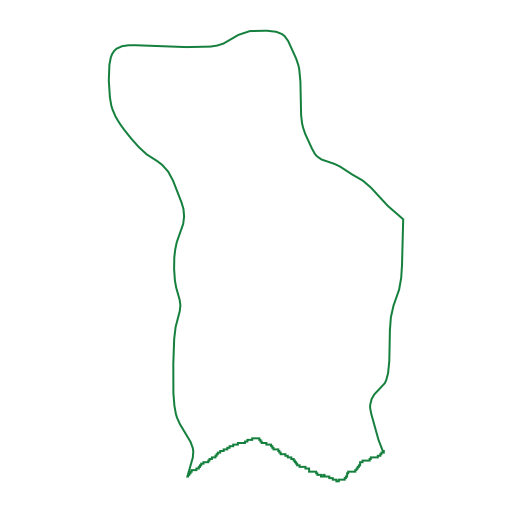 the district of Nizao, Peravia, Dominican Republic
{"feature_id": "3306468B29569237091860", "entity_name": "Nizao", "entity_type": "district", "adm_level": 2, "iso_a3": "DOM", "parent_name": "Dominican Republic", "parent_adm1": "Peravia", "projection": "equal_earth", "projection_center": [-70.205, 18.267], "detail": "fine", "context": "isolated", "style": "outline", "palette": "green", "viewbox_px": 512, "rotation_deg": 0, "n_neighbors": 0, "source": "geoboundaries", "source_scale": "gbopen_adm2", "svg_char_len": 3006}
<svg xmlns="http://www.w3.org/2000/svg" viewBox="0 0 512 512"><path d="M187.4,476.5L188.1,476.5L188.1,474.9L189.3,474.9L189.3,473.3L190.5,473.3L190.5,471.7L191.7,471.7L191.7,470.1L196.4,470.1L196.4,468.5L198.8,468.5L198.8,466.9L200.0,466.9L200.0,465.3L201.2,465.3L201.2,463.7L203.5,463.7L203.5,462.2L208.3,462.2L208.3,460.6L209.5,460.6L209.5,459.0L211.9,459.0L211.9,457.4L215.4,457.4L215.4,455.8L216.6,455.8L216.6,454.2L217.8,454.2L217.8,452.6L220.2,452.6L220.2,451.0L223.7,451.0L223.7,449.4L227.3,449.4L227.3,447.8L229.6,447.8L229.6,446.2L233.2,446.2L233.2,444.6L237.9,444.6L237.9,443.0L245.0,443.0L245.0,441.5L247.4,441.5L247.4,439.9L252.2,439.9L252.2,438.3L259.3,438.3L259.3,439.9L260.5,439.9L260.5,441.5L261.7,441.5L261.7,443.0L266.4,443.0L266.4,444.6L271.1,444.6L271.1,446.2L272.3,446.2L272.3,447.8L273.5,447.8L273.5,449.4L278.3,449.4L278.3,451.0L279.4,451.0L279.4,452.6L280.7,452.6L280.7,454.2L285.4,454.2L285.4,455.8L287.8,455.8L287.8,457.4L291.3,457.4L291.3,459.0L293.7,459.0L293.7,460.6L294.9,460.6L294.9,462.2L296.1,462.2L296.1,463.7L297.2,463.7L297.2,465.3L299.6,465.3L299.6,466.9L305.5,466.9L305.5,468.5L309.1,468.5L309.1,471.7L316.2,471.7L316.2,473.3L317.4,473.3L317.4,474.9L321.0,474.9L321.0,476.5L323.3,476.5L323.3,474.9L324.5,474.9L324.5,476.5L329.3,476.5L329.3,478.1L332.8,478.1L332.8,479.7L336.4,479.7L336.4,481.3L337.0,481.3L338.8,481.3L338.8,480.6L338.8,479.7L340.9,479.7L344.7,479.7L344.7,478.1L345.9,478.1L345.9,476.5L347.1,476.5L347.1,475.7L347.1,473.3L348.2,473.3L348.2,471.7L353.2,471.7L355.3,471.7L355.3,470.6L355.3,470.1L356.1,470.1L356.6,469.9L356.6,468.5L357.7,468.5L357.7,466.9L358.9,466.9L358.9,465.3L360.1,465.3L360.1,462.2L362.5,462.2L362.5,460.6L369.6,460.6L369.6,459.0L370.8,459.0L370.8,457.4L374.6,457.4L377.8,457.4L377.8,455.8L380.3,455.8L380.3,454.2L381.4,454.2L381.4,452.6L383.8,452.6L383.8,451.0L382.8,451.0L378.5,439.9L371.2,413.6L370.1,407.8L370.2,404.8L371.6,399.1L374.3,394.4L384.8,383.2L386.2,380.2L388.1,373.1L389.3,360.9L389.9,330.2L390.9,317.2L393.5,305.6L399.1,289.7L401.2,277.8L402.0,265.3L403.2,219.3L387.9,206.0L370.9,187.6L362.9,180.7L352.2,174.5L339.9,166.5L334.7,164.0L321.5,159.5L316.8,156.2L314.9,153.9L311.9,148.5L305.2,133.9L303.0,127.4L302.1,123.4L301.1,115.2L300.4,81.4L299.2,69.0L298.3,65.0L296.1,58.5L288.2,41.1L284.6,36.1L282.0,34.1L276.3,31.8L266.7,30.7L249.8,31.1L238.4,34.9L223.4,43.6L217.0,45.6L210.4,46.6L186.4,47.1L134.6,45.2L128.2,45.3L122.1,46.2L116.5,48.7L114.0,51.1L112.1,54.1L110.8,57.5L109.4,64.8L108.8,80.7L109.9,97.3L111.3,105.6L112.5,109.5L115.7,116.9L119.7,123.5L124.2,129.8L131.3,138.7L138.8,147.1L146.7,154.4L157.2,161.1L162.1,164.8L168.3,171.8L173.1,180.8L181.6,202.7L183.5,209.2L184.1,216.6L183.2,223.9L176.7,242.4L175.2,249.7L174.3,257.3L174.1,269.0L174.9,280.5L176.2,287.7L179.6,299.6L180.4,305.5L179.7,311.4L175.6,327.0L174.2,338.8L173.3,363.8L173.4,393.4L174.4,405.7L175.8,413.6L176.9,417.4L179.9,424.1L190.5,441.8L192.8,448.1L193.3,451.5L192.8,457.6L187.4,476.5Z" fill="none" stroke="#15803d" stroke-width="2"/></svg>